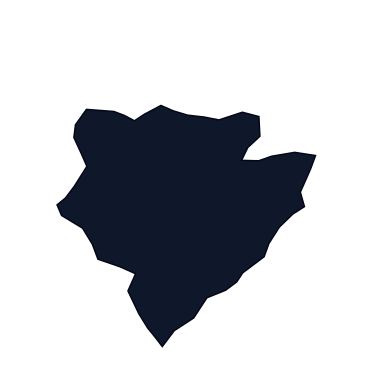 outline of Agirda, Cyprus, rotated 242°
{"feature_id": "46923920B19762948788890", "entity_name": "Agirda", "entity_type": "district", "adm_level": 2, "iso_a3": "CYP", "parent_name": "Cyprus", "parent_adm1": "", "projection": "albers", "projection_center": [33.277, 35.289], "detail": "fine", "context": "isolated", "style": "filled", "palette": "ink", "viewbox_px": 384, "rotation_deg": 242, "n_neighbors": 0, "source": "geoboundaries", "source_scale": "gbopen_adm2", "svg_char_len": 761}
<svg xmlns="http://www.w3.org/2000/svg" viewBox="0 0 384 384"><g transform="rotate(242 192 192)"><path d="M126.3,284.4L141.0,287.6L156.8,307.7L166.2,318.2L178.8,301.3L186.2,279.1L188.3,265.4L196.7,250.6L205.1,262.2L209.3,278.1L227.2,286.5L238.8,273.9L243.0,249.6L252.5,237.9L261.9,224.2L272.4,213.6L283.0,205.2L283.0,186.2L281.9,174.6L291.4,168.2L299.8,160.8L314.5,137.6L306.1,120.7L295.6,113.3L276.6,112.2L264.0,111.2L252.5,91.1L246.1,77.4L244.0,66.8L232.5,65.8L211.4,78.4L192.5,79.5L176.8,77.4L159.9,93.2L146.3,103.8L134.7,89.0L109.5,87.9L92.6,89.0L82.1,91.1L69.5,93.2L77.9,111.2L80.0,134.4L91.6,155.5L89.5,175.6L91.6,189.3L96.8,198.8L101.0,225.3L110.5,235.8L120.0,252.7L125.2,270.7L126.3,284.4Z" fill="#0f172a" stroke="#020617" stroke-width="1.5"/></g></svg>